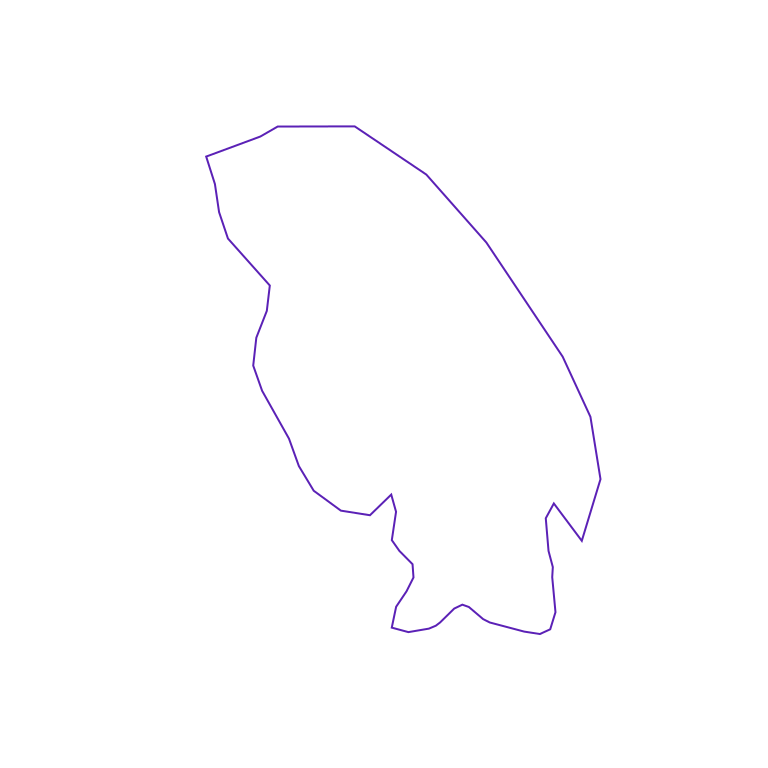 outline of Guimaras, rotated 303°
{"feature_id": "PHL-2530", "entity_name": "Guimaras", "entity_type": "Province", "adm_level": 1, "iso_a3": "PHL", "parent_name": "Philippines", "parent_adm1": "", "projection": "albers", "projection_center": [122.577, 10.591], "detail": "fine", "context": "isolated", "style": "outline", "palette": "violet", "viewbox_px": 768, "rotation_deg": 303, "n_neighbors": 0, "source": "natural_earth", "source_scale": "10m", "svg_char_len": 778}
<svg xmlns="http://www.w3.org/2000/svg" viewBox="0 0 768 768"><g transform="rotate(303 384 384)"><path d="M542.0,154.6L584.1,219.1L582.7,305.4L558.4,392.8L504.2,519.0L468.9,575.0L422.1,617.4L360.2,635.3L376.3,591.5L359.5,592.8L333.6,612.9L322.4,625.3L313.6,630.3L286.0,652.1L268.8,657.0L259.2,650.9L252.7,636.4L241.6,602.6L240.8,595.2L243.2,576.6L241.6,569.9L233.9,565.2L214.5,560.9L209.5,559.1L203.3,554.9L189.2,539.6L183.9,523.2L203.8,515.5L222.4,515.8L237.8,514.1L248.4,506.1L252.4,487.8L257.3,475.6L283.4,463.7L295.2,450.3L266.3,443.7L254.3,416.8L256.2,383.2L268.8,357.3L286.4,334.1L311.9,285.5L328.2,264.3L353.3,251.7L381.5,245.9L404.4,234.6L421.0,173.9L438.3,152.1L459.6,133.3L477.9,111.0L524.2,145.5L542.0,154.6Z" fill="none" stroke="#5b21b6" stroke-width="2"/></g></svg>